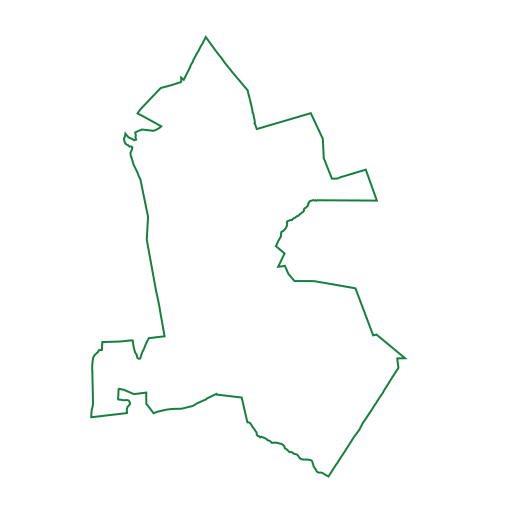 Ndaragwa, Central, Kenya (Mercator projection), rotated 4°
{"feature_id": "3690345B3969033763932", "entity_name": "Ndaragwa", "entity_type": "district", "adm_level": 2, "iso_a3": "KEN", "parent_name": "Kenya", "parent_adm1": "Central", "projection": "mercator", "projection_center": [36.499, -0.079], "detail": "fine", "context": "isolated", "style": "outline", "palette": "green", "viewbox_px": 512, "rotation_deg": 4, "n_neighbors": 0, "source": "geoboundaries", "source_scale": "gbopen_adm2", "svg_char_len": 6110}
<svg xmlns="http://www.w3.org/2000/svg" viewBox="0 0 512 512"><g transform="rotate(4 256 256)"><path d="M381.7,326.0L378.4,327.0L363.8,295.1L357.5,281.3L315.6,277.0L296.1,278.3L289.5,271.5L288.1,268.8L285.5,263.8L282.6,264.5L278.9,265.2L284.3,251.5L275.2,244.8L277.1,239.7L279.5,234.7L279.4,233.2L279.4,232.2L279.7,231.4L279.5,230.5L280.2,229.7L281.0,229.5L282.8,227.6L283.4,226.7L283.8,226.0L284.1,225.1L284.6,224.3L284.7,223.2L284.9,221.8L284.5,220.7L284.5,219.9L284.9,219.1L286.1,218.7L287.1,218.0L288.3,217.7L289.4,217.7L289.9,216.8L290.8,215.9L291.5,215.4L292.5,215.0L293.1,214.3L293.9,213.5L294.9,213.3L296.6,211.6L297.7,210.7L298.4,209.9L299.2,209.2L300.1,208.6L300.6,207.7L300.5,206.5L300.9,205.3L302.2,204.5L303.0,203.6L303.5,202.9L304.1,202.3L304.6,201.4L304.4,200.3L304.6,199.5L305.2,198.8L305.6,197.7L306.9,197.1L308.1,196.7L309.4,196.2L310.5,196.6L311.5,196.2L312.5,196.6L313.4,196.1L372.7,192.3L359.5,162.2L335.4,171.3L334.4,171.7L333.5,172.2L332.7,172.7L331.4,173.1L328.6,173.4L326.3,173.5L316.7,153.5L316.3,149.9L316.2,148.5L315.6,144.1L315.4,142.3L315.3,141.1L315.2,140.2L315.0,139.0L314.9,138.0L314.8,137.1L314.5,134.5L300.7,109.7L247.9,129.3L245.9,124.6L245.2,123.8L245.6,123.0L244.9,119.8L243.3,114.3L242.8,113.4L242.3,112.4L242.4,111.5L241.4,108.1L240.8,105.9L239.7,102.6L239.2,100.7L238.6,99.1L238.1,97.7L237.8,96.6L237.4,95.7L237.1,94.8L236.1,91.3L229.7,84.7L218.8,73.5L217.6,72.1L217.0,71.4L216.2,70.6L215.5,70.0L214.8,69.1L214.1,68.3L213.5,67.7L212.2,66.3L211.5,65.5L210.1,63.9L207.5,60.6L205.4,58.5L201.3,53.8L190.6,41.1L189.4,44.1L188.9,45.0L188.6,45.7L188.4,46.5L188.0,47.4L187.1,49.2L186.6,50.0L185.8,51.8L185.3,52.9L184.8,54.2L184.4,55.1L184.1,55.9L183.7,56.6L182.9,58.1L182.4,59.1L181.8,60.5L181.3,61.7L179.9,64.5L179.7,65.5L179.5,66.6L178.1,69.1L177.7,69.8L177.3,71.7L171.6,85.3L168.9,83.3L169.2,86.7L169.2,87.6L159.7,91.5L157.5,92.2L155.4,93.0L152.6,93.9L149.2,95.1L130.4,117.8L129.8,118.8L129.3,119.7L128.5,120.9L127.9,122.0L129.2,122.6L130.2,123.1L130.9,123.4L131.8,123.7L133.1,124.3L134.0,124.7L152.4,133.2L151.7,134.1L150.8,134.9L149.7,135.7L148.0,136.8L145.0,138.3L133.3,137.8L132.3,138.4L131.0,139.0L129.9,139.4L126.9,141.3L127.2,142.5L127.5,143.4L127.7,144.1L127.5,145.0L127.6,146.1L128.3,148.3L126.2,149.0L125.2,148.3L124.1,147.9L123.2,147.5L121.2,146.8L120.2,146.2L118.5,144.5L117.2,143.1L117.1,145.2L116.8,146.2L116.4,147.2L116.1,148.1L116.3,148.9L116.4,149.7L116.8,150.9L117.3,151.7L117.7,152.7L118.6,153.5L119.4,154.0L120.6,154.3L121.3,155.0L122.2,155.7L123.4,155.5L124.3,155.6L124.9,156.1L125.0,157.1L124.8,158.5L124.3,159.9L123.7,161.5L123.7,163.0L124.0,164.3L124.4,165.5L125.2,167.1L126.1,169.7L127.0,172.0L127.4,173.1L127.7,173.8L128.9,175.8L129.5,176.8L130.7,178.9L131.1,179.6L131.6,180.4L132.4,182.1L133.4,184.3L135.4,187.9L145.6,224.5L145.9,247.4L158.8,298.0L161.3,306.3L163.0,312.7L163.3,313.8L163.8,316.0L164.4,318.6L170.4,342.5L154.9,345.4L153.0,349.5L152.6,350.5L152.2,351.6L151.7,353.2L151.0,355.5L150.6,356.7L149.4,359.4L149.1,360.5L148.8,361.5L147.9,365.4L147.3,366.5L146.1,366.6L145.3,366.3L144.7,365.7L144.4,364.7L144.0,363.2L143.5,362.3L142.9,361.7L142.4,361.0L142.0,360.2L141.5,359.0L141.2,358.0L140.9,357.2L140.6,356.1L140.3,355.1L139.8,353.1L139.6,352.4L139.4,351.5L139.3,350.6L139.1,349.7L138.8,348.8L136.6,349.0L127.1,350.7L108.7,352.6L108.8,360.5L108.1,360.6L106.8,360.7L105.7,361.0L105.4,362.0L104.9,363.0L104.0,363.9L103.4,364.5L102.6,365.3L101.9,366.2L101.4,367.0L101.0,367.9L100.7,368.8L100.6,369.8L100.4,372.1L100.3,374.3L100.3,375.3L100.2,376.2L100.3,377.0L100.4,379.0L100.6,381.3L100.8,382.4L101.1,386.2L102.4,400.0L103.7,414.8L103.6,416.7L103.4,417.9L103.2,419.5L103.0,420.2L102.8,421.0L102.8,425.3L102.9,428.3L106.3,427.7L138.2,421.7L138.2,420.9L137.9,419.8L137.9,418.0L138.0,417.0L138.4,415.5L139.0,414.7L140.5,412.7L140.7,411.6L140.2,411.0L139.9,410.0L139.1,409.1L138.0,408.8L137.1,408.7L136.1,408.9L135.0,409.1L133.7,409.1L132.6,409.0L131.8,408.9L130.7,408.8L129.5,408.8L128.6,408.7L128.3,407.8L128.4,405.7L128.2,398.9L128.5,398.1L130.7,398.3L131.9,398.5L133.2,398.6L144.0,402.3L156.0,399.9L156.9,411.2L157.8,412.0L164.9,420.1L165.7,419.6L166.9,419.0L167.6,418.6L168.4,418.3L171.9,417.2L174.7,416.3L176.6,415.8L178.6,415.2L179.7,415.1L180.8,414.8L184.7,414.3L185.5,414.1L186.4,414.1L191.9,413.6L192.9,413.4L199.6,411.2L200.5,410.9L201.3,410.7L202.1,410.5L203.1,410.1L204.1,409.6L205.0,409.0L206.0,408.2L206.7,407.6L207.3,407.2L208.2,406.7L213.3,404.0L215.2,403.0L216.4,402.3L217.1,401.5L224.0,397.5L226.3,396.3L226.7,397.0L251.6,398.2L259.0,422.5L260.0,422.5L261.1,422.7L261.9,423.3L262.6,424.0L263.9,426.0L265.2,427.6L265.8,428.2L266.4,428.9L267.1,429.8L267.9,430.9L268.6,431.7L269.1,432.8L269.2,434.3L269.9,435.0L270.7,435.6L271.8,435.6L272.4,436.3L273.1,436.6L273.9,435.9L274.7,436.4L276.4,436.6L277.2,436.9L277.9,437.3L279.2,437.8L280.6,439.1L281.8,439.2L282.5,439.4L283.8,440.3L284.9,441.4L286.5,440.9L287.5,441.1L288.8,440.7L289.7,440.9L290.5,441.0L291.6,441.2L292.9,441.5L293.9,441.5L295.8,442.4L296.8,443.1L297.7,444.1L297.9,445.2L298.3,445.9L299.2,446.2L300.1,446.8L301.1,447.5L302.4,448.7L303.4,449.3L304.7,449.1L305.7,449.3L306.7,450.1L307.9,450.7L308.7,450.8L309.5,450.9L310.5,451.2L311.4,451.7L313.3,454.0L313.8,454.7L314.7,455.2L315.9,455.6L317.1,455.7L318.3,455.8L319.4,455.5L321.0,455.6L321.8,455.5L322.9,455.5L324.8,455.9L325.5,456.2L326.2,456.7L326.7,457.6L326.9,458.3L327.2,459.2L327.6,460.0L327.8,460.8L328.1,461.8L329.5,463.4L330.1,464.3L330.7,465.1L331.3,466.1L331.9,466.9L332.9,467.5L334.1,467.7L336.1,467.5L337.1,467.7L343.6,470.9L345.2,468.1L346.7,465.3L350.4,458.6L351.7,456.7L352.4,455.2L353.2,453.6L354.2,452.1L354.8,450.7L356.6,447.7L357.5,446.1L366.6,429.3L368.1,427.0L369.5,424.9L370.2,423.8L371.5,421.5L372.5,419.1L374.1,415.3L376.5,411.4L378.5,407.8L382.0,401.7L383.7,398.4L385.9,394.6L387.1,392.2L387.6,391.5L388.0,390.7L388.6,389.6L389.8,387.5L390.9,385.7L392.3,383.2L392.9,381.6L396.3,375.3L400.1,368.1L405.1,359.1L405.7,358.2L405.8,357.3L405.6,355.9L405.1,353.8L404.5,351.2L404.3,349.6L404.1,348.3L411.8,347.6L405.7,343.2L381.7,326.0Z" fill="none" stroke="#15803d" stroke-width="2"/></g></svg>